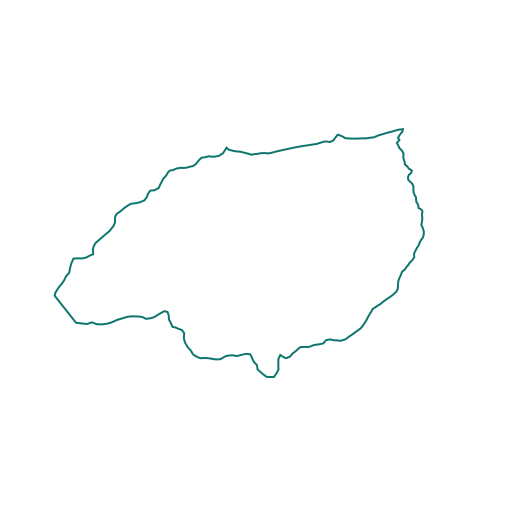 Kasipul, Nyanza, Kenya, rotated 58°
{"feature_id": "3690345B61391920402880", "entity_name": "Kasipul", "entity_type": "district", "adm_level": 2, "iso_a3": "KEN", "parent_name": "Kenya", "parent_adm1": "Nyanza", "projection": "equal_earth", "projection_center": [34.715, -0.502], "detail": "fine", "context": "isolated", "style": "outline", "palette": "teal", "viewbox_px": 512, "rotation_deg": 58, "n_neighbors": 0, "source": "geoboundaries", "source_scale": "gbopen_adm2", "svg_char_len": 3770}
<svg xmlns="http://www.w3.org/2000/svg" viewBox="0 0 512 512"><g transform="rotate(58 256 256)"><path d="M224.1,435.4L225.3,430.3L227.4,428.8L229.4,427.2L231.9,423.6L233.1,421.4L234.6,417.8L235.8,413.6L236.6,407.5L237.1,405.8L237.5,404.4L238.4,401.0L238.8,399.5L239.5,397.1L241.5,393.0L244.0,389.3L244.9,388.0L245.6,386.9L247.6,384.7L250.0,383.2L251.0,382.5L251.7,381.2L253.2,377.5L253.8,375.2L253.9,373.7L253.9,367.9L254.2,363.0L255.6,361.6L256.6,360.7L260.3,361.6L264.0,363.5L266.6,363.6L269.6,364.1L272.0,364.3L273.6,362.4L276.3,360.6L279.6,358.0L283.5,357.8L286.3,360.0L287.9,360.9L290.4,361.7L292.2,362.1L295.2,362.2L296.8,362.2L298.1,362.1L301.6,361.4L305.2,361.5L306.3,361.4L307.4,361.0L309.6,359.8L310.9,359.1L313.3,357.2L315.5,353.3L317.1,351.0L319.1,348.6L322.2,345.2L324.1,342.0L324.7,340.2L324.8,336.2L325.0,334.3L325.5,332.9L327.6,328.7L330.8,325.1L332.1,321.0L332.8,318.8L333.8,316.1L336.3,313.0L339.9,313.3L341.6,313.6L345.1,313.9L349.1,313.0L353.0,314.8L356.4,313.8L358.2,313.2L359.4,312.8L362.8,311.6L364.2,311.0L368.1,305.0L367.9,304.4L366.9,302.2L366.2,300.4L365.6,299.5L364.7,298.1L364.1,297.0L363.7,296.8L362.4,296.1L361.6,295.7L361.3,295.5L360.4,294.9L358.8,293.9L355.4,291.8L352.8,287.8L356.2,286.3L358.5,284.8L359.4,280.8L358.1,276.9L357.7,272.7L356.7,267.0L358.7,263.2L361.1,259.5L362.3,253.8L364.1,249.8L365.8,245.2L364.5,241.2L365.8,237.6L368.6,234.7L370.7,231.8L372.7,229.3L374.1,224.2L373.7,220.0L373.6,216.5L373.3,212.4L373.1,208.9L372.7,205.1L371.1,200.9L369.3,197.0L367.7,194.4L366.0,191.3L364.6,188.4L362.8,185.2L362.6,179.7L362.6,175.5L362.2,172.6L361.9,169.1L361.8,164.4L361.4,159.9L360.6,155.7L358.9,153.1L356.6,151.5L354.6,150.1L352.4,148.3L350.4,145.6L348.9,143.3L346.7,140.4L346.3,136.8L345.0,134.1L344.3,131.5L343.1,129.2L342.5,125.9L340.8,122.3L337.8,120.8L336.2,118.2L334.6,115.6L333.1,112.4L331.3,110.0L330.0,107.8L329.0,105.1L327.2,102.8L324.2,100.7L321.0,99.8L317.3,99.3L314.7,96.9L311.6,94.6L310.7,94.2L310.3,94.0L310.0,93.9L309.5,93.6L308.6,93.2L307.9,92.6L307.2,91.9L306.4,91.2L305.7,91.2L305.1,91.1L304.0,91.2L301.6,92.7L298.2,91.3L295.1,91.4L293.1,90.4L291.0,89.2L288.4,89.2L285.4,88.6L282.7,87.1L280.5,85.6L277.4,85.2L274.4,86.0L272.1,86.5L269.8,85.4L268.3,83.5L267.8,80.4L266.1,78.6L264.6,79.2L262.9,80.2L260.0,80.2L257.3,81.2L255.2,80.2L253.1,79.7L250.1,78.7L247.3,76.6L243.9,76.4L240.6,77.2L237.6,76.8L234.8,76.6L233.6,72.9L231.1,73.0L229.5,70.1L228.1,65.9L226.3,64.2L224.4,68.2L223.0,73.2L220.9,80.0L219.5,85.0L218.5,88.8L217.8,93.2L216.3,96.3L214.5,100.5L212.5,103.5L210.1,107.9L207.7,111.8L203.4,117.9L201.0,119.0L198.4,120.7L196.4,122.4L197.6,125.7L199.0,129.2L198.5,133.0L196.3,135.5L194.9,138.0L194.2,141.0L193.1,145.2L186.8,159.8L183.8,167.4L177.9,184.1L176.8,187.9L175.6,191.1L173.6,193.6L171.6,197.0L170.1,200.7L168.8,203.3L168.2,204.7L167.8,206.2L165.0,208.5L162.1,211.3L160.6,212.7L159.1,214.2L155.8,218.6L151.4,222.8L148.5,223.6L149.8,226.2L151.4,229.7L151.4,234.5L149.8,238.5L148.1,241.2L146.5,242.9L145.5,246.3L143.8,250.0L144.5,253.5L145.3,255.9L146.1,258.2L146.4,261.8L145.1,265.2L144.1,268.6L142.9,270.8L142.2,271.8L141.0,273.7L139.6,277.5L139.2,280.9L137.9,283.6L138.4,286.1L140.3,289.9L141.4,293.9L143.1,296.6L144.5,299.1L146.7,302.4L146.5,307.1L144.5,311.2L146.0,314.6L148.1,317.3L149.7,321.3L148.9,325.9L147.8,329.3L145.4,334.5L145.3,338.1L145.5,342.3L146.2,346.7L146.5,351.9L147.8,354.4L149.9,355.9L152.8,357.8L154.8,360.5L157.2,367.0L158.2,373.9L159.3,381.1L160.0,385.3L161.6,388.2L163.7,390.7L166.4,392.0L168.2,393.2L167.5,397.0L167.4,400.4L166.3,404.1L164.3,407.3L162.8,409.6L161.5,412.2L164.4,416.5L167.5,419.9L171.2,423.2L172.6,427.9L175.0,431.7L176.5,435.2L177.9,439.4L179.2,442.4L180.7,445.4L183.0,447.8L217.3,444.0L224.1,435.4Z" fill="none" stroke="#0f766e" stroke-width="2"/></g></svg>